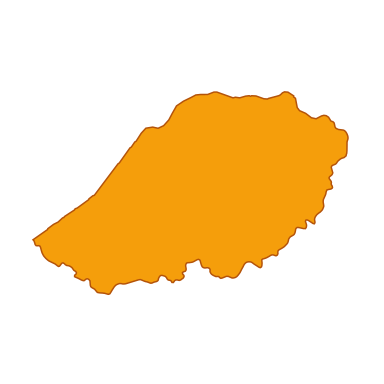 the district of San Antonio La Paz, El Progreso, Guatemala, rotated 113°
{"feature_id": "79465075B78137762102304", "entity_name": "San Antonio La Paz", "entity_type": "district", "adm_level": 2, "iso_a3": "GTM", "parent_name": "Guatemala", "parent_adm1": "El Progreso", "projection": "albers", "projection_center": [-90.259, 14.742], "detail": "fine", "context": "isolated", "style": "filled", "palette": "amber", "viewbox_px": 384, "rotation_deg": 113, "n_neighbors": 0, "source": "geoboundaries", "source_scale": "gbopen_adm2", "svg_char_len": 5005}
<svg xmlns="http://www.w3.org/2000/svg" viewBox="0 0 384 384"><g transform="rotate(113 192 192)"><path d="M298.1,319.7L298.9,318.1L300.0,317.2L300.9,316.4L301.7,315.8L302.3,314.5L301.9,313.3L301.2,311.9L301.3,310.7L302.3,309.7L303.3,308.9L304.6,307.9L305.8,306.9L306.7,306.1L307.7,304.9L308.6,303.8L309.2,302.8L309.6,301.9L310.2,300.7L310.6,299.5L311.0,298.3L311.4,296.6L311.7,290.0L312.0,288.9L312.2,288.0L312.5,287.2L312.7,285.8L312.1,285.0L310.8,284.6L309.4,284.3L308.3,283.9L307.6,283.0L307.8,281.5L308.4,280.2L308.6,278.6L308.3,277.6L308.0,276.2L308.1,274.7L308.3,273.9L308.7,272.5L309.5,271.4L310.3,270.0L310.6,268.0L311.5,266.8L312.6,266.6L313.7,267.1L314.5,267.5L315.8,267.0L315.9,265.7L315.9,264.7L315.9,263.6L316.0,261.8L316.2,259.7L316.2,258.6L316.1,257.4L315.6,256.5L314.3,255.9L313.3,255.3L312.7,254.1L312.8,252.8L313.6,251.3L314.6,250.7L315.4,250.3L316.3,249.8L317.5,249.2L318.6,248.3L319.0,247.5L319.2,246.3L319.5,243.7L320.9,241.0L321.4,239.9L321.1,238.3L320.7,236.9L320.0,235.0L319.7,233.9L319.4,232.9L319.2,231.5L319.0,229.7L318.7,228.7L317.7,227.8L316.3,227.6L315.3,227.4L314.1,227.3L312.4,227.0L310.0,226.6L308.7,226.2L307.7,225.8L306.5,225.0L305.1,223.6L304.5,222.8L304.0,221.5L303.7,219.9L303.4,219.1L302.8,217.9L302.3,217.1L293.9,207.1L292.9,205.6L292.7,204.6L292.7,203.1L292.7,201.1L292.6,199.7L292.3,198.2L292.2,196.7L292.2,195.4L292.1,194.5L291.5,193.3L290.3,192.2L289.7,191.6L288.8,190.4L288.3,189.7L287.4,189.0L286.6,188.7L285.7,188.8L284.8,189.0L283.5,189.0L282.0,188.7L280.9,188.0L280.4,186.7L280.3,185.9L280.2,184.8L280.1,183.8L280.7,182.1L281.7,181.0L282.3,179.6L282.1,178.4L281.8,176.9L283.1,175.1L282.6,173.8L281.4,173.5L280.3,173.3L279.3,172.5L278.7,171.2L278.6,170.2L278.2,168.9L277.2,167.9L276.3,167.5L275.3,166.7L274.0,166.3L272.9,166.3L271.9,166.9L271.5,167.7L271.2,168.5L270.0,169.3L269.0,168.8L268.4,168.2L267.5,167.2L266.5,167.0L265.4,167.2L264.5,167.7L263.4,168.4L262.5,169.0L261.1,169.4L259.5,169.2L258.7,168.2L258.2,167.1L257.0,165.1L256.3,164.1L255.6,163.4L253.8,162.0L252.4,160.9L251.5,159.8L251.5,158.4L252.0,157.7L253.3,156.7L255.6,154.8L256.4,153.9L256.9,153.2L257.2,152.0L256.9,150.4L256.1,149.1L255.5,147.8L255.5,146.3L256.1,145.2L257.2,144.7L258.1,144.4L258.9,143.7L259.7,142.6L260.1,141.7L260.4,140.2L260.5,138.8L260.5,136.9L259.8,135.6L259.4,134.3L260.0,133.1L260.2,131.8L259.4,130.6L256.2,127.4L255.5,125.7L255.5,124.0L255.5,121.6L255.0,120.4L254.1,119.1L253.5,118.5L252.3,117.7L250.3,117.0L248.2,116.5L247.0,116.3L243.8,116.1L240.9,115.8L239.1,115.7L238.2,115.6L236.9,115.2L235.9,114.7L234.9,113.8L234.3,112.9L233.6,111.3L233.4,110.1L233.5,108.9L234.0,107.1L235.1,100.8L235.0,99.6L233.8,98.8L232.6,98.9L231.3,99.3L229.9,99.8L228.9,100.4L227.0,101.3L226.0,100.7L225.5,100.0L224.4,98.7L223.5,97.8L222.7,97.1L220.9,95.7L219.6,94.8L218.6,93.8L218.1,92.3L218.1,91.2L217.9,89.7L216.7,88.8L215.2,88.8L214.1,89.4L212.7,89.8L211.8,89.6L210.7,88.9L209.6,88.0L208.1,86.9L206.9,86.1L206.0,85.6L203.2,84.5L201.8,84.1L200.5,84.1L199.1,84.3L197.5,84.6L196.3,84.4L194.9,84.0L192.1,81.9L191.1,81.4L190.0,81.3L189.1,81.3L187.5,81.6L185.9,82.0L185.0,82.1L183.6,81.4L183.1,80.2L182.8,78.9L182.1,75.0L181.4,73.3L180.0,73.0L178.5,73.3L177.6,73.7L176.8,74.3L175.9,75.1L174.7,76.1L173.4,76.2L172.8,75.3L172.7,74.3L172.8,73.2L173.7,68.3L173.5,67.0L172.3,66.8L171.2,67.3L169.8,68.3L168.1,68.8L167.0,68.8L165.6,68.6L164.0,68.2L161.9,67.1L160.3,66.1L158.3,65.3L157.2,65.0L156.1,65.0L154.9,65.0L153.8,65.1L152.9,65.5L152.1,66.0L151.3,66.5L150.4,67.1L149.1,67.7L147.6,68.1L142.4,68.0L140.9,68.2L139.9,68.5L138.8,68.6L137.4,68.6L136.4,67.4L135.7,66.3L135.0,65.3L133.9,64.5L133.0,64.4L131.8,65.2L131.0,66.3L130.1,67.1L129.0,67.3L127.8,68.1L126.1,70.9L125.4,71.4L124.1,71.3L122.9,70.6L121.4,69.9L120.2,69.8L119.3,69.9L118.6,70.5L114.8,73.5L113.4,73.5L112.5,73.0L111.4,71.9L110.8,71.3L110.1,70.7L109.2,70.3L107.5,70.0L106.1,69.6L105.2,69.1L103.8,68.4L102.5,67.4L100.9,65.5L99.7,64.9L98.5,64.3L97.2,64.6L95.9,64.7L93.5,65.5L87.6,67.9L86.5,68.4L85.1,68.9L84.0,69.0L83.1,69.1L82.2,69.2L81.1,69.6L79.7,70.4L78.4,71.6L77.6,72.5L76.6,73.9L76.2,74.8L75.9,75.7L75.9,77.0L76.5,79.1L76.8,80.2L77.2,81.5L77.2,83.4L77.1,84.5L76.2,85.8L73.6,87.6L72.7,88.4L72.2,89.9L72.4,90.9L72.3,92.0L69.8,95.5L69.3,98.3L69.9,100.6L71.4,102.5L76.1,106.4L77.0,111.1L75.2,118.1L75.1,124.8L73.2,128.1L65.3,133.4L64.8,135.6L63.8,135.9L62.6,142.7L63.7,146.0L65.4,147.5L67.8,148.5L69.1,149.4L70.9,151.6L76.1,158.3L76.9,158.8L78.1,162.3L78.6,170.6L80.1,174.7L81.0,175.5L81.0,176.9L82.8,180.1L86.7,184.9L87.8,189.1L89.3,191.0L90.3,208.2L91.4,210.8L96.1,215.7L99.0,222.4L101.2,226.4L105.5,229.9L111.7,235.3L118.8,239.9L127.5,240.9L134.7,241.5L142.0,244.0L146.6,248.1L147.6,253.5L151.3,259.4L157.8,261.7L167.2,263.3L168.3,264.2L174.4,265.4L175.5,266.3L193.8,270.3L194.9,271.1L233.2,280.6L234.2,281.8L238.5,284.2L239.4,284.1L251.6,291.4L253.1,293.0L254.5,293.2L264.4,299.8L265.6,300.0L266.4,301.0L272.0,303.5L275.9,306.8L282.1,310.4L283.0,310.3L298.1,319.7Z" fill="#f59e0b" stroke="#b45309" stroke-width="1.5"/></g></svg>